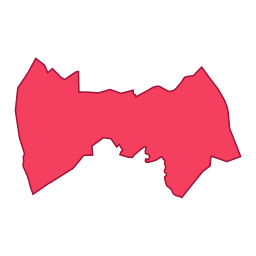 the district of Isa, Sokoto, Nigeria
{"feature_id": "59680162B66631777088899", "entity_name": "Isa", "entity_type": "district", "adm_level": 2, "iso_a3": "NGA", "parent_name": "Nigeria", "parent_adm1": "Sokoto", "projection": "equal_earth", "projection_center": [6.414, 13.208], "detail": "fine", "context": "isolated", "style": "filled", "palette": "rose", "viewbox_px": 256, "rotation_deg": 0, "n_neighbors": 0, "source": "geoboundaries", "source_scale": "gbopen_adm2", "svg_char_len": 2251}
<svg xmlns="http://www.w3.org/2000/svg" viewBox="0 0 256 256"><path d="M60.2,176.4L73.1,168.3L83.8,155.3L92.7,155.1L91.9,146.0L103.5,137.7L111.1,138.8L112.9,141.5L113.8,142.9L116.8,147.1L119.1,144.5L122.8,150.2L120.8,152.1L119.9,154.7L129.0,157.4L129.9,157.2L130.9,157.3L132.1,157.6L134.9,154.3L141.7,148.6L144.9,146.7L145.8,146.8L146.1,147.1L146.1,148.2L146.0,148.5L145.7,149.1L145.5,150.1L145.3,151.2L145.3,152.3L145.5,153.2L145.5,153.3L145.7,153.6L146.1,154.0L146.6,153.8L146.9,153.8L147.8,154.0L148.4,154.6L149.0,155.0L149.2,155.8L149.8,157.1L149.2,158.0L148.3,159.4L147.7,159.4L146.8,159.7L146.3,158.8L145.9,158.9L145.6,159.6L145.4,160.3L145.4,161.3L145.9,162.2L148.8,162.2L152.4,161.2L154.1,160.8L156.1,160.0L157.1,159.5L157.6,159.0L159.6,157.9L161.6,156.8L162.4,157.5L163.0,158.5L163.4,159.2L163.6,159.5L164.0,159.8L164.6,159.9L164.9,160.4L164.9,161.3L164.9,162.1L164.7,162.9L164.6,163.4L164.5,163.7L164.9,164.4L165.3,165.5L165.5,166.3L165.5,167.2L165.6,167.8L165.4,168.6L164.9,169.6L164.5,170.4L164.4,171.0L164.5,171.7L164.7,172.4L165.4,173.0L166.2,173.4L166.6,174.1L166.5,174.9L166.2,175.6L165.6,176.1L165.0,176.5L164.6,177.2L164.8,178.2L165.3,181.1L166.2,184.3L167.2,186.2L169.2,187.6L171.1,189.4L172.0,190.8L173.4,193.8L175.9,195.6L179.8,196.5L181.8,197.6L188.9,188.6L202.9,171.3L210.1,165.9L210.4,161.7L210.8,158.2L211.4,156.2L226.9,161.6L240.6,156.5L239.4,153.2L237.1,147.4L232.7,136.2L229.6,128.5L228.2,112.7L227.1,107.0L224.6,100.5L218.3,89.4L209.0,77.2L204.0,70.3L201.7,67.1L195.5,73.4L193.7,75.6L188.7,76.3L185.6,77.0L184.6,77.3L181.3,82.3L178.0,86.2L176.5,88.1L175.8,88.8L173.7,90.4L170.1,91.3L168.9,91.5L163.4,88.6L159.7,86.5L157.5,86.2L153.5,87.1L150.3,88.9L148.1,90.3L141.2,93.9L136.0,96.9L135.8,96.1L135.5,95.0L133.7,93.9L133.2,92.9L133.3,91.3L133.1,90.2L120.9,93.4L110.1,89.5L98.3,92.9L88.3,92.2L78.9,92.0L78.5,71.5L77.5,71.6L75.7,72.0L64.7,79.5L60.8,77.2L56.2,72.5L52.4,68.6L47.8,72.8L44.6,65.3L35.8,58.4L27.9,72.9L17.8,87.9L15.4,110.7L19.5,137.7L24.5,153.8L23.3,156.8L23.4,158.8L23.6,161.1L23.5,162.4L23.1,163.5L23.1,165.6L23.3,166.8L24.9,170.3L26.5,173.9L26.5,174.0L27.5,176.2L28.8,180.3L29.7,184.0L31.0,188.6L32.5,192.6L33.0,194.3L48.4,183.6L51.6,181.8L60.2,176.4Z" fill="#f43f5e" stroke="#9f1239" stroke-width="1.5"/></svg>